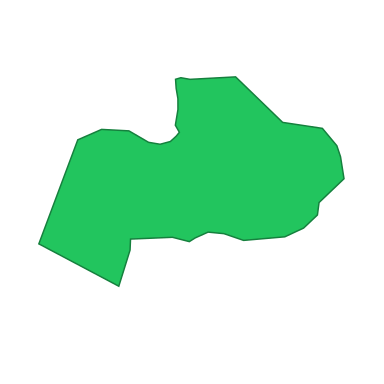 the border of Medvode, rotated 210°
{"feature_id": "SVN-967", "entity_name": "Medvode", "entity_type": "Municipality", "adm_level": 1, "iso_a3": "SVN", "parent_name": "Slovenia", "parent_adm1": "", "projection": "natural_earth1", "projection_center": [14.398, 46.138], "detail": "fine", "context": "isolated", "style": "filled", "palette": "green", "viewbox_px": 384, "rotation_deg": 210, "n_neighbors": 0, "source": "natural_earth", "source_scale": "10m", "svg_char_len": 594}
<svg xmlns="http://www.w3.org/2000/svg" viewBox="0 0 384 384"><g transform="rotate(210 192 192)"><path d="M186.3,143.0L221.7,120.5L216.6,110.7L208.3,73.8L298.7,70.5L317.0,180.1L301.6,201.0L277.2,213.4L254.5,213.3L243.5,217.4L236.0,224.9L233.6,232.4L232.8,237.4L239.8,241.5L245.4,256.4L250.8,265.7L257.5,273.8L262.6,281.4L258.8,285.4L250.0,288.6L211.8,313.5L148.3,297.6L110.9,312.3L89.7,304.5L81.0,296.8L67.0,279.5L76.7,246.4L71.9,234.8L77.3,216.6L89.2,199.6L123.1,175.9L143.5,171.9L158.0,165.3L166.3,153.8L169.5,147.7L186.3,143.0Z" fill="#22c55e" stroke="#15803d" stroke-width="1.5"/></g></svg>